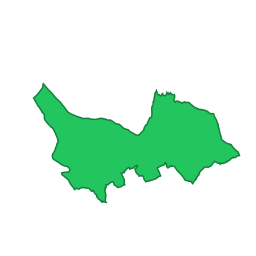 the district of Spydeberg nor, Østfold, Norway, rotated 238°
{"feature_id": "86288312B44573726791656", "entity_name": "Spydeberg nor", "entity_type": "district", "adm_level": 2, "iso_a3": "NOR", "parent_name": "Norway", "parent_adm1": "Østfold", "projection": "natural_earth1", "projection_center": [11.037, 59.603], "detail": "fine", "context": "isolated", "style": "filled", "palette": "green", "viewbox_px": 256, "rotation_deg": 238, "n_neighbors": 0, "source": "geoboundaries", "source_scale": "gbopen_adm2", "svg_char_len": 5622}
<svg xmlns="http://www.w3.org/2000/svg" viewBox="0 0 256 256"><g transform="rotate(238 128 128)"><path d="M104.0,50.1L104.4,51.6L104.1,52.2L103.4,53.0L102.4,53.7L102.2,54.1L102.1,54.8L102.3,55.8L102.0,56.8L102.2,57.0L101.8,57.6L100.4,59.2L100.2,59.7L99.6,60.4L99.2,60.6L97.6,62.9L97.0,63.1L94.6,63.3L93.7,63.7L93.0,64.7L93.4,65.2L92.6,65.4L92.1,65.3L89.4,65.2L88.8,65.4L88.0,66.0L87.5,65.9L87.2,65.6L86.4,65.2L85.6,65.1L84.2,65.2L82.8,65.6L82.0,66.1L80.7,66.2L80.8,66.7L80.6,66.9L79.9,66.6L78.9,66.6L78.6,67.3L79.0,67.8L79.0,68.0L78.2,68.5L77.7,69.0L76.4,69.9L76.5,70.2L77.2,69.6L78.5,70.2L79.3,71.1L80.2,71.4L80.8,72.3L82.0,72.7L82.3,73.0L82.7,73.7L84.7,74.4L87.3,75.1L87.5,75.2L87.5,75.6L87.7,76.1L89.5,77.1L89.2,77.6L89.3,78.1L90.1,78.4L90.1,78.6L91.5,79.0L91.0,79.8L90.5,81.2L90.8,82.0L91.0,83.7L90.8,85.4L90.6,85.7L90.5,86.4L89.9,87.0L86.7,86.1L86.0,86.5L85.5,87.4L83.5,87.5L82.9,87.9L81.9,91.0L82.1,92.6L81.9,94.0L82.1,94.4L81.6,95.1L82.5,95.4L84.1,96.1L85.2,97.0L86.3,97.5L90.0,97.8L93.3,98.3L92.6,99.4L92.6,100.2L92.3,100.8L92.3,101.4L92.9,101.4L93.3,102.0L93.1,102.3L93.2,103.0L93.8,104.5L93.9,105.1L94.1,105.4L94.1,106.9L94.3,107.6L94.2,107.9L93.6,108.2L92.9,107.8L92.1,107.8L92.0,109.0L91.2,111.5L91.2,112.3L91.8,113.8L91.6,114.8L91.5,115.8L91.2,116.1L90.7,116.0L90.7,115.2L90.1,114.2L89.9,114.0L89.3,113.1L89.4,112.0L88.1,111.7L87.0,111.7L85.8,111.2L82.6,112.1L81.3,111.9L80.6,113.8L80.2,113.9L80.1,114.8L79.6,115.1L78.3,115.1L75.5,114.4L74.3,114.6L73.1,114.5L72.9,115.4L72.2,116.7L72.4,117.3L72.2,117.5L72.1,118.3L71.7,118.5L71.0,121.4L70.6,122.3L70.7,122.8L70.2,124.7L70.4,125.3L70.3,126.2L70.6,128.4L70.0,130.1L70.2,130.4L70.7,130.3L74.0,131.1L77.1,131.3L78.6,131.6L78.7,132.0L78.5,133.4L78.5,135.1L78.4,136.0L78.2,136.2L77.7,138.0L77.6,139.0L77.9,140.0L78.3,140.2L78.6,140.6L78.7,141.0L78.6,141.4L78.0,141.5L76.9,141.3L75.1,140.5L74.2,140.6L73.3,140.4L73.0,140.9L73.0,143.1L73.5,143.8L73.2,143.9L73.1,144.1L72.8,144.2L72.3,144.7L72.2,145.1L72.3,145.3L72.1,145.7L70.6,147.0L66.4,147.1L59.4,148.6L56.2,148.8L53.5,148.8L50.3,151.7L50.1,152.0L50.0,152.5L49.6,152.9L49.0,153.1L48.2,153.0L47.2,153.3L46.5,153.3L46.5,153.5L47.1,154.4L47.9,156.1L48.4,157.7L48.3,157.8L48.8,158.3L48.9,158.6L48.6,158.9L48.6,159.0L49.5,159.5L49.5,159.8L49.4,160.0L50.1,160.7L50.1,160.9L50.5,162.0L50.4,162.3L50.6,162.5L50.5,162.8L50.8,163.4L51.4,163.8L51.3,164.1L51.5,164.5L52.2,164.7L52.6,165.1L52.7,165.4L52.6,165.7L52.7,166.1L53.6,168.8L53.4,169.2L53.6,169.6L53.7,170.0L53.9,170.3L53.8,170.5L54.0,171.2L54.1,172.6L53.7,173.1L53.7,173.6L52.7,174.5L52.1,175.5L51.9,178.2L51.9,179.0L52.4,179.6L53.2,182.0L53.4,182.1L53.5,183.2L53.7,183.9L51.6,184.9L49.9,186.3L49.0,186.8L49.2,187.0L48.5,187.2L49.2,187.6L48.4,188.8L47.6,189.6L47.4,191.1L47.0,191.6L47.3,193.2L47.5,193.3L47.5,193.6L47.3,193.9L46.7,194.2L46.9,194.5L46.9,195.0L47.2,195.4L47.0,195.9L47.0,196.3L46.8,197.0L47.3,198.8L47.4,200.4L47.6,201.2L47.5,201.5L46.9,201.6L46.8,202.2L46.5,202.6L46.1,203.5L46.1,204.6L46.5,205.6L46.5,206.0L45.7,207.2L45.6,208.0L49.2,208.7L51.5,207.8L55.6,206.8L56.6,206.7L57.7,206.7L59.3,206.7L59.5,206.3L60.9,205.3L62.9,203.5L67.8,201.5L68.6,201.3L72.2,202.6L74.3,203.0L79.1,204.8L81.4,205.3L83.0,206.3L86.0,206.7L87.5,207.2L91.2,207.3L94.8,208.0L95.5,207.3L95.7,206.6L96.6,205.5L98.8,204.3L99.4,204.5L100.0,204.2L100.4,203.8L102.0,202.9L102.8,201.9L103.7,201.2L104.9,199.9L105.2,199.5L105.3,199.1L105.7,198.8L106.3,198.1L106.8,198.0L106.8,197.6L107.7,197.0L109.4,196.2L109.8,195.6L114.3,194.0L117.2,193.2L118.2,192.2L118.6,190.8L119.8,190.3L119.8,190.1L120.2,189.7L120.2,188.9L120.5,188.6L120.4,188.0L120.7,187.0L120.6,186.7L121.6,186.4L124.7,184.3L124.6,183.8L124.9,183.1L125.3,182.7L125.3,182.3L125.0,182.0L126.9,181.3L127.2,181.7L127.8,181.7L128.7,183.3L129.6,184.0L131.1,184.9L131.5,184.9L131.3,184.6L132.5,183.5L134.0,182.8L135.4,182.6L134.7,181.2L136.2,180.8L135.6,180.1L137.5,179.8L136.9,179.3L136.9,179.1L136.3,178.6L136.1,178.0L135.8,177.8L135.9,177.1L135.7,177.0L136.1,176.0L136.6,175.5L137.1,175.3L138.9,175.6L138.9,175.4L138.9,174.9L138.6,174.7L138.4,174.1L138.0,173.8L137.9,173.3L137.8,172.9L138.1,172.4L139.8,172.0L139.8,171.6L140.0,171.4L140.6,171.1L141.5,171.1L144.6,171.9L143.0,169.2L136.9,163.8L137.0,163.4L136.5,162.8L134.9,162.1L134.4,161.7L133.9,160.3L132.3,158.7L131.2,158.0L129.5,157.1L126.4,155.2L124.9,153.9L124.6,153.2L125.1,151.8L122.2,147.5L121.8,147.4L121.0,146.0L121.2,145.1L119.9,142.4L117.8,139.9L116.3,133.7L116.9,132.4L117.5,131.3L122.2,128.8L123.8,127.7L126.2,127.4L128.7,125.1L130.0,124.2L135.6,122.6L136.2,122.1L138.0,120.0L143.1,117.9L144.3,117.1L144.9,115.5L147.9,113.2L150.2,110.7L150.6,110.2L151.9,106.3L153.0,104.2L156.0,100.3L156.9,100.0L159.9,94.9L162.6,92.8L165.1,90.6L167.4,89.1L170.6,86.7L173.9,85.4L180.2,84.9L186.6,84.1L191.0,82.8L198.6,81.7L202.4,80.8L210.4,79.6L210.1,79.2L207.8,77.2L207.2,76.3L205.5,72.0L204.2,68.1L203.4,63.8L193.6,63.4L193.4,63.6L192.3,63.9L191.9,63.6L191.4,63.7L190.9,63.9L190.6,63.6L189.6,63.9L189.2,63.6L187.5,63.7L187.1,63.5L186.6,63.7L186.6,64.0L186.3,64.0L185.5,63.7L184.7,64.1L183.3,64.1L182.5,63.4L181.4,62.7L179.6,61.8L175.5,62.1L169.7,63.2L168.6,63.8L167.2,64.1L162.8,63.8L155.3,62.5L155.0,62.1L153.4,61.5L153.1,60.8L151.9,59.0L151.3,58.7L149.8,56.7L149.8,56.4L147.8,54.3L145.6,50.1L145.1,49.5L144.0,48.8L142.5,48.2L141.5,48.2L140.8,48.3L136.2,50.6L132.1,52.3L129.6,54.0L127.7,55.9L126.6,56.5L125.5,56.8L124.4,56.8L123.2,56.2L122.6,55.6L122.2,54.7L122.4,53.9L124.4,50.0L125.1,48.0L124.4,47.5L123.4,47.3L122.6,47.7L121.6,47.9L121.3,48.1L115.2,50.1L112.8,49.6L111.1,49.6L109.2,49.6L107.6,50.0L104.0,50.1Z" fill="#22c55e" stroke="#15803d" stroke-width="1.5"/></g></svg>